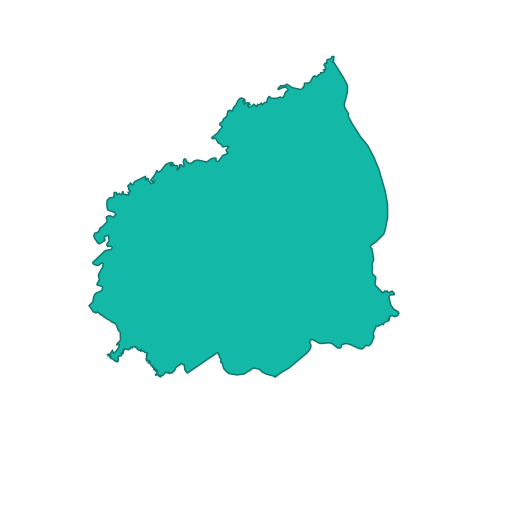 outline of Sang Khom, Udon Thani, Thailand, rotated 235°
{"feature_id": "78962969B36388809671077", "entity_name": "Sang Khom", "entity_type": "district", "adm_level": 2, "iso_a3": "THA", "parent_name": "Thailand", "parent_adm1": "Udon Thani", "projection": "natural_earth1", "projection_center": [103.083, 17.794], "detail": "fine", "context": "isolated", "style": "filled", "palette": "teal", "viewbox_px": 512, "rotation_deg": 235, "n_neighbors": 0, "source": "geoboundaries", "source_scale": "gbopen_adm2", "svg_char_len": 6117}
<svg xmlns="http://www.w3.org/2000/svg" viewBox="0 0 512 512"><g transform="rotate(235 256 256)"><path d="M386.6,199.2L385.1,196.2L385.3,195.2L387.6,195.2L386.9,191.1L385.0,190.9L383.5,189.8L381.2,190.5L380.8,189.7L381.5,187.8L379.6,187.4L379.1,186.5L382.3,183.1L385.0,183.9L385.1,183.2L383.5,181.8L383.5,180.6L385.6,180.0L386.1,177.1L388.0,178.1L389.2,176.7L389.2,176.1L385.6,173.1L387.6,169.6L387.1,166.4L386.1,165.1L381.6,162.0L378.6,161.0L372.9,165.1L370.5,165.0L369.4,161.3L372.4,159.8L373.4,158.2L373.9,156.0L373.3,155.3L370.7,154.5L369.3,152.9L368.2,147.2L368.3,144.3L366.1,140.8L367.1,136.9L365.7,134.7L363.0,134.0L357.3,133.9L355.8,134.6L355.3,141.0L356.1,141.8L357.9,141.9L358.5,143.1L358.1,146.2L357.5,147.0L353.0,144.5L352.2,143.4L351.7,141.1L350.4,139.9L348.8,140.0L347.1,142.9L345.5,143.1L344.5,141.5L344.5,140.6L346.1,137.9L346.8,135.0L344.3,118.6L343.4,118.2L342.1,118.5L339.2,120.6L338.7,121.7L338.8,125.8L337.4,126.5L334.9,124.1L331.4,116.8L330.4,115.7L326.5,114.1L324.1,109.4L322.7,109.6L319.6,112.4L317.8,112.1L316.6,110.4L316.3,109.0L317.3,103.6L317.1,101.9L315.2,99.1L312.0,96.1L311.1,90.8L303.3,90.7L302.4,92.0L301.2,92.1L301.0,94.3L297.0,95.0L295.6,96.2L293.7,96.3L293.5,97.0L291.8,97.0L286.3,99.7L284.2,100.1L281.9,101.8L279.4,102.1L274.4,100.6L271.4,101.0L264.8,96.7L263.7,91.7L263.1,91.0L262.1,93.3L260.0,91.6L258.3,86.8L258.0,84.1L258.5,83.7L261.0,84.2L259.8,81.0L259.0,80.4L260.4,78.4L260.3,77.9L259.3,78.7L259.0,77.8L257.8,79.6L256.8,79.3L257.0,78.4L255.7,78.2L253.7,79.6L250.4,80.4L250.4,81.1L248.9,81.5L249.1,83.1L252.7,85.4L251.6,88.4L252.4,89.2L252.4,90.2L253.4,90.1L252.6,91.2L253.0,92.0L253.3,92.2L253.6,91.4L254.1,92.7L255.3,92.8L255.4,93.5L254.7,93.8L255.1,94.4L254.6,94.7L255.5,95.5L252.4,97.5L252.3,100.1L252.7,100.2L252.9,101.6L251.7,101.8L252.1,103.4L250.8,105.3L250.1,104.9L248.8,105.9L248.0,105.3L247.2,105.5L245.5,106.4L245.4,108.1L244.2,107.1L243.8,108.6L242.7,108.8L242.0,109.7L241.1,109.5L238.5,111.5L237.8,109.5L237.1,109.7L236.6,108.6L235.0,108.1L234.7,106.8L232.8,106.4L232.7,107.2L231.0,108.6L229.9,108.4L231.1,107.0L230.4,106.4L229.9,107.1L228.5,107.5L226.5,107.3L225.3,108.3L225.4,107.7L224.3,107.5L223.4,108.3L222.3,107.7L222.3,108.3L221.8,108.5L221.2,107.6L220.4,109.0L220.1,108.7L220.6,108.1L220.2,107.7L218.7,108.1L218.5,109.3L216.5,107.0L216.5,105.8L215.9,105.5L215.0,107.8L213.7,107.5L213.5,108.4L212.8,107.9L211.6,108.6L212.3,109.7L211.8,110.3L211.8,112.8L212.8,115.0L212.1,115.2L210.9,117.3L210.5,117.0L209.8,117.5L210.2,117.9L209.1,118.6L208.2,120.7L208.9,121.8L208.8,123.5L210.2,125.8L210.8,128.0L210.5,131.5L211.0,133.1L207.6,134.6L203.9,132.6L201.5,132.3L199.4,132.8L199.0,169.1L197.2,169.3L196.9,168.7L196.2,169.0L193.5,167.9L192.4,168.3L190.2,167.2L189.9,166.4L188.7,166.2L187.9,166.9L182.3,165.0L178.0,165.5L175.0,166.6L169.5,172.2L166.1,178.8L166.1,184.1L165.6,184.7L166.0,188.6L164.9,190.7L161.2,193.8L157.6,194.5L153.5,196.6L147.1,201.9L145.9,202.0L146.1,209.4L145.3,218.8L147.3,242.0L148.1,245.5L149.5,248.3L151.6,249.9L154.9,250.5L155.9,253.4L155.1,254.4L148.3,257.8L147.0,259.1L143.2,265.7L141.2,267.9L133.7,270.2L132.2,272.4L132.6,273.7L134.1,275.0L133.2,278.7L131.7,280.6L129.0,282.7L121.3,287.2L119.3,289.0L118.9,291.2L119.8,294.6L117.7,297.0L118.2,300.4L121.7,305.9L125.9,308.1L128.8,313.3L129.7,314.0L129.4,315.0L128.3,316.0L128.2,319.4L126.8,320.9L127.5,321.9L127.8,323.8L126.8,327.4L127.4,328.8L128.5,328.6L128.4,329.3L129.2,329.7L128.8,330.2L129.5,330.6L129.8,331.4L129.1,333.4L127.0,334.5L126.0,336.7L126.2,338.7L127.3,340.3L128.7,340.5L133.8,338.3L138.2,338.3L145.4,340.9L147.1,342.6L147.0,343.6L145.0,347.1L146.3,347.8L149.2,347.4L149.9,344.1L150.6,343.2L152.4,343.3L152.2,342.0L153.6,341.3L153.0,339.3L154.0,338.1L154.9,338.4L163.3,337.0L164.6,337.3L169.5,341.7L171.6,341.9L173.4,341.1L176.5,341.9L178.9,344.3L183.0,346.7L185.3,350.2L195.0,355.0L198.2,354.8L198.8,357.6L198.7,362.0L200.6,373.2L203.3,376.8L211.9,385.8L223.2,393.6L235.5,399.2L256.6,406.4L269.2,409.2L282.3,410.9L293.7,410.0L309.4,410.7L317.0,411.6L319.8,413.5L326.7,413.8L329.8,415.5L337.9,425.0L342.7,428.4L345.0,429.1L352.7,430.0L370.0,430.8L370.8,429.8L371.8,431.9L374.8,434.2L375.8,432.7L374.5,430.3L376.0,427.1L375.1,425.6L373.4,424.7L374.2,423.5L373.9,421.8L373.2,421.2L372.0,421.7L370.6,420.6L369.4,421.0L369.0,419.7L369.8,418.1L368.1,418.1L367.6,417.5L368.2,415.4L369.1,414.1L368.0,412.7L368.6,411.1L367.9,409.0L369.0,407.6L369.9,407.6L370.2,405.9L367.1,399.3L369.7,394.8L367.7,393.2L366.5,389.4L367.0,387.8L373.1,382.3L379.0,379.9L379.1,377.4L381.3,373.9L380.6,370.1L379.7,369.8L379.2,370.4L379.0,373.1L377.4,377.4L374.0,377.8L373.4,376.9L373.5,374.5L370.4,369.7L370.9,368.1L372.4,366.9L373.1,363.8L376.2,359.3L377.4,358.4L378.7,358.7L379.2,358.0L378.4,356.0L375.8,352.7L376.8,351.1L376.3,347.8L378.2,348.0L378.0,345.1L379.2,344.3L378.2,342.2L381.5,341.3L381.2,337.3L381.8,335.6L384.1,335.3L384.4,336.0L383.4,337.1L383.4,337.9L385.6,338.1L387.4,335.1L387.2,333.5L388.4,334.0L390.1,333.8L390.4,334.6L389.1,335.8L390.5,336.5L392.6,335.8L393.8,334.6L394.3,333.1L393.4,330.0L391.1,325.8L390.7,323.2L388.3,319.6L388.4,319.0L390.0,318.7L390.6,317.8L390.7,315.9L387.2,312.3L386.9,307.9L385.4,305.9L385.4,302.7L384.2,301.5L381.5,302.5L380.4,300.6L380.0,298.0L378.8,295.5L378.4,287.8L377.0,287.5L376.0,289.8L375.1,290.4L370.4,289.9L367.8,291.3L364.5,291.3L362.2,295.7L361.1,296.3L359.8,292.1L356.2,291.7L357.4,286.5L355.2,279.6L355.6,278.5L357.0,277.8L358.8,279.3L359.9,278.6L361.3,275.2L361.3,269.6L368.3,263.0L369.4,259.6L369.0,257.7L369.4,255.0L372.8,253.2L375.2,253.9L376.5,253.4L376.3,252.0L375.1,250.7L370.9,248.8L371.2,247.5L373.4,247.2L374.5,246.1L373.9,245.2L372.2,244.5L371.3,241.0L372.3,240.6L373.3,242.9L374.7,243.5L375.7,242.8L376.3,241.4L377.8,241.2L377.8,239.4L378.5,238.2L379.8,238.3L379.3,240.5L379.7,241.3L381.2,240.3L382.3,237.4L382.7,234.1L380.5,227.5L380.4,224.5L380.9,223.7L382.3,224.1L382.7,223.5L380.5,219.8L378.5,213.3L375.8,214.1L375.4,215.7L374.5,214.4L375.6,211.4L376.7,211.8L378.8,211.1L381.3,212.0L381.8,211.4L381.4,209.7L382.1,209.3L383.5,210.7L384.7,211.0L386.6,199.2Z" fill="#14b8a6" stroke="#0f766e" stroke-width="1.5"/></g></svg>